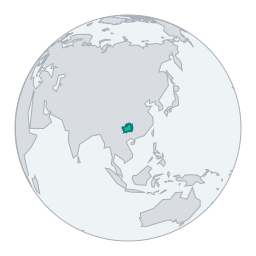 the Earth from above Guizhou
{"feature_id": "CHN-1153", "entity_name": "Guizhou", "entity_type": "Province", "adm_level": 1, "iso_a3": "CHN", "parent_name": "China", "parent_adm1": "", "projection": "orthographic", "projection_center": [106.929, 26.939], "detail": "coarse", "context": "on_globe", "style": "filled", "palette": "teal", "viewbox_px": 256, "rotation_deg": 0, "n_neighbors": 0, "source": "natural_earth", "source_scale": "10m", "svg_char_len": 11360}
<svg xmlns="http://www.w3.org/2000/svg" viewBox="0 0 256 256"><circle cx="128" cy="128" r="113" fill="#eef3f6" stroke="#a8b0b8"/><path d="M231.5,170.1L231.4,170.7L231.3,170.9L231.5,170.1ZM184.9,30.8L185.0,30.8L185.8,31.4L180.0,29.7L180.7,33.4L184.6,36.6L180.8,34.6L190.8,42.4L193.5,47.2L188.1,40.7L185.8,39.2L186.6,41.7L184.3,40.8L183.4,41.6L180.7,40.4L177.8,37.0L175.9,36.3L176.6,38.1L174.2,38.3L173.6,35.7L169.5,35.9L163.8,31.0L164.3,26.1L158.8,23.6L153.3,19.4L151.6,19.3L148.4,18.1L145.1,17.6L145.0,17.2L142.5,17.2L143.2,17.6L142.4,17.8L140.5,17.7L140.1,17.1L140.9,17.1L139.8,16.9L140.4,16.7L139.1,16.7L138.8,16.3L136.4,16.6L133.8,16.1L134.3,15.8L137.8,16.1L146.7,16.9L154.7,18.6L162.6,20.8L170.3,23.6L177.7,26.9L184.9,30.8ZM233.7,89.2L232.8,87.2L233.1,87.6L233.7,89.2ZM232.5,86.6L232.7,87.2L232.6,86.9L232.5,86.6ZM232.5,86.8L232.5,86.7L232.6,87.1L232.5,86.8ZM232.5,87.4L232.5,87.0L232.5,87.4ZM232.3,87.6L232.2,87.6L232.1,87.0L232.3,87.6ZM186.8,31.9L186.6,31.8L185.2,31.0L185.3,31.0L186.8,31.9ZM185.6,31.9L184.4,31.1L186.6,32.1L186.7,32.3L185.6,31.9ZM187.9,39.3L187.3,38.0L188.7,39.7L187.9,39.3ZM183.8,41.9L184.7,42.7L183.8,42.8L183.8,41.9ZM137.5,15.8L137.1,15.7L135.9,15.6L136.1,15.7L137.5,15.8ZM178.9,41.2L177.2,41.3L178.4,40.5L178.9,41.2ZM134.1,15.5L139.0,15.9L140.3,16.1L138.3,16.0L134.1,15.5ZM175.9,41.0L171.9,41.7L173.6,43.3L166.7,39.6L172.3,40.0L173.5,38.8L174.2,40.2L175.9,41.0ZM144.3,17.9L143.4,17.4L145.8,18.0L144.3,17.9ZM146.0,18.2L154.6,20.3L154.9,21.1L152.0,20.2L153.8,21.6L149.7,20.9L147.8,20.0L148.4,19.5L146.4,19.7L146.0,18.2ZM163.5,37.6L162.1,37.4L163.0,37.0L163.5,37.6ZM142.2,18.0L143.9,18.2L144.3,18.9L141.0,18.6L141.9,18.4L142.2,18.0ZM156.2,22.4L155.9,23.0L152.6,22.6L152.0,22.8L149.6,21.0L156.2,22.4ZM140.9,18.2L139.3,18.4L137.4,18.0L140.6,17.8L140.9,18.2ZM145.8,19.3L145.9,19.7L144.8,19.3L145.8,19.3ZM129.8,17.0L131.9,17.1L132.3,17.4L129.8,17.0ZM138.8,18.5L139.4,18.7L139.8,18.9L138.4,19.0L138.8,18.5ZM147.4,21.0L146.0,20.7L148.2,21.6L145.7,21.5L144.6,20.4L144.1,20.9L143.3,20.9L143.2,20.0L147.4,21.0ZM138.0,19.7L135.8,18.5L131.9,18.2L131.5,17.9L137.8,18.5L138.0,19.7ZM141.1,19.9L139.1,19.7L139.6,19.3L141.2,19.2L141.1,19.9ZM144.5,21.9L148.5,22.4L148.6,22.6L144.5,21.9ZM136.8,19.7L137.4,20.0L136.5,19.7L136.8,19.7ZM142.0,21.3L143.4,21.3L143.5,21.6L142.0,21.3ZM137.4,20.6L136.6,20.2L137.7,20.0L137.4,20.6ZM139.4,21.0L139.2,21.3L138.6,20.3L140.1,20.9L139.4,21.0ZM141.9,21.5L142.4,21.7L141.3,21.5L141.9,21.5ZM133.7,21.4L132.6,20.1L135.0,19.8L135.7,21.1L133.7,21.4ZM42.6,54.6L41.0,56.5L39.2,61.8L38.4,63.6L35.0,67.3L30.8,79.0L33.7,77.0L33.4,85.6L35.6,89.0L42.7,81.5L39.2,75.7L42.2,70.5L47.8,71.6L51.4,77.3L52.6,75.6L53.4,68.8L57.2,67.3L54.0,66.4L53.0,68.8L51.0,68.4L51.7,66.2L53.0,65.6L52.8,63.4L46.5,67.1L44.9,70.0L42.5,67.0L39.5,71.7L37.8,72.4L42.1,64.8L44.0,62.9L49.6,53.7L47.3,55.4L42.0,64.3L42.3,62.8L39.2,65.6L41.8,62.4L48.3,52.7L48.1,50.5L42.6,54.6L43.4,53.6L51.6,45.2L54.2,42.9L51.1,46.7L53.7,44.7L58.8,40.2L57.4,41.9L59.2,40.7L58.4,42.1L61.9,41.2L61.8,42.6L67.5,39.6L68.2,40.1L64.7,41.6L62.2,43.6L62.5,47.7L63.9,47.8L67.5,45.6L67.2,47.2L70.7,44.7L73.0,46.4L73.1,42.3L77.4,40.2L81.1,40.1L82.5,38.8L76.4,39.1L74.0,40.0L71.8,41.8L65.2,44.1L64.1,43.4L71.2,38.5L70.4,37.1L76.2,34.4L89.2,34.4L92.4,36.2L88.6,43.3L85.4,43.9L85.1,41.5L81.4,45.6L83.6,44.3L83.3,45.8L87.3,44.6L87.3,45.6L91.2,42.9L91.6,44.0L89.1,45.7L95.5,45.4L97.5,47.6L99.0,47.1L99.9,45.9L101.9,49.8L102.9,49.2L102.6,47.7L104.3,45.7L108.2,43.8L108.7,45.3L107.4,46.1L105.3,50.3L101.6,52.7L102.2,53.1L105.5,51.5L108.0,46.3L110.2,44.8L109.5,47.2L109.9,46.2L111.2,45.9L112.9,47.1L113.9,44.5L126.9,40.8L131.5,43.0L129.3,45.3L138.9,45.2L143.3,48.5L143.0,47.0L147.4,46.4L146.1,45.3L146.4,44.6L157.1,43.4L160.0,44.5L164.4,43.0L164.2,42.3L162.3,41.3L166.7,39.6L173.6,43.3L173.5,44.6L177.9,46.3L177.1,49.2L178.5,52.6L175.2,55.2L176.6,58.0L178.2,58.4L181.2,62.7L182.2,70.6L174.6,62.4L171.8,51.5L172.3,55.6L170.2,54.3L169.1,55.6L169.7,58.7L171.0,59.3L161.5,63.3L158.7,72.0L163.9,71.6L167.0,74.4L168.4,85.5L158.5,100.5L162.6,105.6L162.8,109.0L159.1,111.0L158.7,106.1L155.1,104.3L155.4,101.4L149.4,103.5L149.6,99.5L144.8,103.3L146.6,106.6L151.8,106.0L147.6,111.4L152.8,117.2L153.3,124.0L144.2,135.6L135.1,138.8L134.5,140.9L130.9,138.2L126.1,142.1L132.6,154.3L132.4,157.6L124.6,163.4L124.4,160.9L115.0,154.0L113.1,161.8L120.2,169.0L122.7,176.7L117.1,173.9L114.7,167.0L111.3,164.4L112.3,157.6L109.7,146.9L104.1,148.1L104.7,143.9L100.2,134.5L92.2,135.8L79.5,144.4L77.6,154.6L73.3,158.1L68.4,141.3L68.9,130.7L65.5,130.6L61.9,119.9L50.8,114.2L50.7,111.1L48.3,111.2L46.0,106.7L46.5,101.7L44.4,100.6L43.6,113.8L46.0,115.0L50.1,112.4L49.2,116.6L51.6,122.0L43.6,128.5L29.7,128.3L30.8,120.2L33.3,94.5L34.6,92.5L34.8,92.3L34.9,91.8L32.6,94.6L33.9,89.8L29.8,106.5L28.0,112.9L29.4,128.6L28.7,129.3L29.9,133.1L36.9,135.1L36.3,137.6L31.5,146.7L24.1,155.5L26.6,166.8L28.5,175.1L27.1,176.7L30.5,183.8L30.3,184.0L32.0,187.0L28.1,180.1L24.7,173.0L21.8,165.6L19.5,158.1L17.6,150.5L16.3,142.7L15.6,134.8L15.4,126.9L15.7,119.1L16.6,111.2L18.1,103.5L20.1,95.8L22.6,88.4L25.6,81.1L29.1,74.0L33.2,67.2L37.6,60.7L42.6,54.6ZM52.5,88.3L56.3,91.7L59.1,85.0L60.8,85.8L61.1,83.3L59.3,84.5L60.7,78.0L63.9,77.8L65.8,75.3L64.6,74.1L58.4,75.5L56.3,84.6L53.5,86.1L52.5,88.3ZM69.4,33.5L67.7,34.8L65.8,35.7L65.9,34.8L68.6,33.4L69.4,33.5ZM65.7,36.6L72.7,32.5L72.9,33.2L71.6,33.4L71.0,34.3L68.8,35.0L62.2,40.0L60.1,41.1L61.4,38.3L62.1,38.4L63.8,37.0L65.7,36.6ZM90.0,23.7L93.0,22.6L89.6,25.3L87.2,26.0L87.1,24.9L89.9,23.5L90.0,23.7ZM129.6,15.7L131.0,15.7L131.1,15.8L130.1,15.9L129.6,15.7ZM124.5,15.4L129.5,15.4L132.6,15.5L128.7,15.5L127.7,15.7L128.2,15.8L131.9,16.3L138.2,16.9L138.1,17.5L136.4,17.8L134.9,17.7L135.4,17.3L133.1,17.5L132.6,16.9L130.8,17.0L123.7,16.1L125.0,16.0L119.4,16.0L120.4,15.7L124.0,15.6L120.6,15.6L124.3,15.4L123.1,15.5L124.5,15.4ZM116.7,24.4L117.9,23.3L113.1,25.0L112.6,23.8L112.1,24.1L110.4,23.6L107.3,23.5L107.6,22.9L106.3,23.2L105.1,23.0L103.4,23.2L103.4,22.3L101.3,22.5L102.5,22.0L98.9,22.7L101.5,21.8L100.3,21.7L98.4,22.6L102.3,18.9L102.0,18.6L100.2,18.9L105.0,17.7L109.7,16.9L113.7,16.7L113.4,17.5L115.6,17.0L116.1,17.3L114.2,17.5L117.5,17.3L117.4,17.7L121.0,18.4L125.8,18.3L127.3,18.7L125.3,18.9L128.1,19.2L125.3,20.0L126.3,20.3L124.5,21.7L120.2,22.1L121.6,22.5L120.3,23.7L116.7,24.4ZM133.0,21.8L127.9,22.3L125.2,22.0L129.4,19.9L128.9,19.4L131.5,18.4L135.4,18.9L134.3,19.1L134.2,19.5L133.0,19.2L133.8,19.7L132.3,20.1L132.6,20.6L130.8,20.6L133.0,21.8ZM39.6,63.0L39.4,63.9L39.5,64.9L37.6,66.8L39.6,63.0ZM43.9,56.3L44.0,56.7L41.4,59.6L41.6,58.7L43.9,56.3ZM46.3,54.6L44.2,56.5L45.5,55.0L46.3,54.6ZM65.0,42.0L65.4,42.4L64.6,43.0L63.3,43.5L65.0,42.0ZM102.3,30.3L103.4,29.4L104.1,29.4L107.9,28.2L108.5,29.1L106.5,30.2L102.3,30.3ZM40.8,82.0L38.9,82.6L39.1,81.3L39.7,81.3L40.8,82.0ZM37.2,74.3L36.9,77.1L36.7,74.8L37.2,74.3ZM103.6,31.1L105.1,30.4L104.5,31.3L103.6,31.1ZM109.2,29.7L108.9,30.7L109.1,29.1L109.2,29.7ZM82.2,229.9L84.5,231.1L83.0,230.6L82.2,229.9ZM37.4,181.6L39.7,193.6L37.1,191.5L34.4,186.7L32.1,178.7L34.3,178.6L34.8,175.6L37.4,181.6ZM151.2,193.9L154.6,194.2L154.4,194.6L151.2,193.9ZM147.6,192.5L151.5,192.5L147.0,193.4L147.6,192.5ZM153.0,192.5L157.0,191.5L158.7,190.7L158.4,191.6L153.0,192.5ZM145.0,192.5L130.6,192.1L124.9,190.6L126.3,189.1L135.5,189.9L145.0,192.5ZM125.8,189.0L117.2,183.6L105.4,168.2L109.6,168.9L121.9,178.8L121.1,180.2L126.4,184.3L125.8,189.0ZM146.8,180.9L146.0,185.3L138.1,184.8L134.5,184.0L132.0,178.3L133.4,175.4L136.3,175.6L147.8,165.7L151.8,168.2L148.3,172.4L151.5,176.3L146.8,180.9ZM78.0,155.8L80.2,162.5L77.9,162.9L78.0,155.8ZM152.5,158.5L147.8,163.1L152.1,157.0L152.5,158.5ZM155.0,152.8L155.3,155.1L153.4,152.9L155.0,152.8ZM134.3,144.1L131.2,144.5L131.1,142.8L135.1,141.3L134.3,144.1ZM153.6,129.7L153.6,134.7L152.9,136.4L151.5,133.4L153.6,129.7ZM111.2,39.9L105.2,40.5L101.3,41.9L99.8,44.2L99.3,41.4L105.4,39.2L111.2,39.9ZM124.9,40.4L126.2,38.7L127.4,39.5L127.3,40.0L124.9,40.4ZM124.5,39.3L122.9,37.2L124.7,36.4L125.7,38.2L124.5,39.3ZM113.0,33.6L111.2,33.6L111.7,32.8L113.0,33.6ZM179.5,225.9L180.4,224.0L184.3,222.7L181.8,224.8L179.5,225.9ZM211.2,204.0L212.9,201.9L211.8,203.3L211.2,204.0ZM167.7,220.1L145.7,226.7L141.1,226.2L142.7,224.2L139.3,217.7L140.8,217.9L140.3,213.2L153.5,208.5L163.1,199.5L170.0,199.4L175.5,192.6L182.4,192.1L180.0,197.3L186.9,199.2L192.4,187.4L195.7,197.9L200.1,200.3L200.2,206.2L189.1,218.6L183.5,221.9L182.9,221.4L180.4,222.8L177.2,223.3L176.3,220.7L173.8,222.1L176.5,219.3L172.9,222.0L171.6,220.3L167.7,220.1ZM216.8,188.5L217.6,188.4L218.5,189.4L217.3,189.8L216.8,188.5ZM229.5,174.1L229.6,174.6L228.9,175.5L229.5,174.1ZM231.3,170.9L230.4,172.1L231.5,170.1L231.3,170.9ZM222.1,179.8L222.4,180.3L222.0,180.7L222.1,179.8ZM221.8,179.8L222.4,178.4L222.2,179.5L221.8,179.8ZM218.4,175.8L218.9,174.9L219.1,175.3L218.4,175.8ZM159.5,194.0L164.3,190.4L166.9,190.0L159.5,194.0ZM217.7,174.8L216.4,175.3L216.5,174.6L217.7,174.8ZM217.9,173.3L217.8,172.5L218.5,174.2L217.9,173.3ZM215.4,172.3L216.9,173.3L215.1,172.6L215.4,172.3ZM214.3,173.0L213.1,172.7L213.2,172.4L214.3,173.0ZM200.0,178.6L204.6,182.7L200.7,183.6L196.5,181.3L192.9,185.2L184.9,186.1L186.8,183.8L185.8,181.0L177.3,180.9L175.7,179.1L178.7,177.4L173.1,176.4L179.2,174.8L181.7,178.7L185.2,174.9L191.0,174.8L196.7,175.1L201.1,177.1L200.0,178.6ZM179.2,183.9L180.2,183.7L179.3,185.1L179.2,183.9ZM210.8,171.3L212.6,172.6L212.3,173.2L211.5,173.2L210.8,171.3ZM202.1,176.1L206.9,171.5L208.0,171.3L204.8,176.0L202.1,176.1ZM205.8,169.6L208.0,169.5L209.1,171.1L208.6,171.7L205.8,169.6ZM166.6,181.3L166.3,182.5L164.7,181.7L166.6,181.3ZM168.7,180.5L173.5,181.3L168.2,181.5L168.7,180.5ZM153.8,177.3L155.3,180.0L159.8,178.0L156.3,180.7L159.4,185.0L158.3,186.7L155.3,182.1L154.2,187.1L152.2,187.0L151.1,182.8L153.1,177.5L155.2,175.2L163.4,173.9L153.8,177.3ZM168.7,177.2L167.4,174.0L168.3,171.8L169.7,173.4L168.7,177.2ZM163.5,166.4L160.0,162.7L156.9,164.3L163.2,158.7L165.5,163.1L163.5,166.4ZM160.5,158.1L157.6,159.5L160.6,156.3L160.5,158.1ZM156.8,158.3L156.4,155.6L158.8,155.8L156.8,158.3ZM162.0,158.1L162.5,153.5L163.7,156.2L162.0,158.1ZM155.4,149.5L160.4,153.8L153.9,152.1L153.5,143.1L156.2,142.9L155.4,149.5ZM169.7,112.3L168.9,109.8L171.3,109.0L171.2,111.0L169.7,112.3ZM178.6,105.1L171.7,108.0L166.1,110.7L168.0,111.8L166.9,116.3L164.0,112.3L167.8,107.3L172.1,106.1L172.5,102.4L175.5,99.7L174.5,95.2L175.8,93.2L178.0,97.0L178.6,105.1ZM173.9,93.4L173.3,85.6L178.0,86.3L179.2,88.2L177.5,91.4L175.1,90.8L173.9,93.4ZM174.5,84.0L172.2,83.4L166.4,72.5L166.3,70.5L173.2,78.7L171.4,78.7L172.0,81.4L174.5,84.0ZM162.7,38.2L162.2,37.5L163.4,38.0L162.7,38.2ZM145.5,44.0L146.0,43.1L147.4,43.7L145.5,44.0ZM148.2,41.1L146.2,41.0L148.1,40.4L148.2,41.1ZM141.9,41.3L145.4,40.8L142.3,42.1L141.9,41.3Z" fill="#d9dde1" stroke="#a8b0b8" stroke-width="1"/><path d="M129.0,123.5L129.6,124.0L130.3,123.8L130.4,124.5L130.8,124.7L130.9,125.2L131.2,125.0L131.1,125.5L131.7,125.5L132.0,124.9L132.4,126.7L131.3,127.7L132.5,127.7L132.5,128.2L132.1,128.4L132.5,129.7L132.2,130.3L131.5,130.3L131.7,130.7L131.1,130.6L131.0,131.2L130.4,130.7L129.7,131.5L128.3,130.8L128.1,131.3L126.6,131.9L126.4,132.5L124.9,131.8L123.9,132.4L124.2,131.3L123.3,130.3L124.0,129.1L123.6,128.4L122.6,128.7L122.2,127.6L122.8,127.0L124.4,127.2L125.0,127.1L125.3,126.4L126.9,126.3L126.7,125.6L125.8,125.3L125.8,124.8L126.4,124.4L127.0,125.0L127.2,124.3L127.7,125.0L128.1,124.2L128.9,124.2L129.0,123.5Z" fill="#14b8a6" stroke="#0f766e" stroke-width="1.5"/></svg>